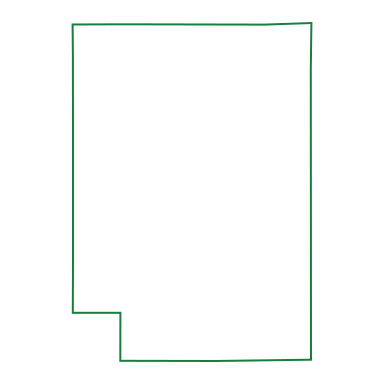 outline of Clark, Wisconsin, United States of America
{"feature_id": "52423323B98849496539352", "entity_name": "Clark", "entity_type": "district", "adm_level": 2, "iso_a3": "USA", "parent_name": "United States of America", "parent_adm1": "Wisconsin", "projection": "mercator", "projection_center": [-90.632, 44.728], "detail": "fine", "context": "isolated", "style": "outline", "palette": "green", "viewbox_px": 384, "rotation_deg": 0, "n_neighbors": 0, "source": "geoboundaries", "source_scale": "gbopen_adm2", "svg_char_len": 316}
<svg xmlns="http://www.w3.org/2000/svg" viewBox="0 0 384 384"><path d="M311.4,23.0L264.8,24.6L216.4,24.5L121.0,24.3L72.6,24.5L72.9,56.6L72.9,72.7L73.0,120.9L73.0,265.1L72.8,312.8L120.4,312.8L120.3,360.8L215.7,361.0L311.0,359.7L310.9,216.1L310.8,67.7L311.4,23.0Z" fill="none" stroke="#15803d" stroke-width="2"/></svg>